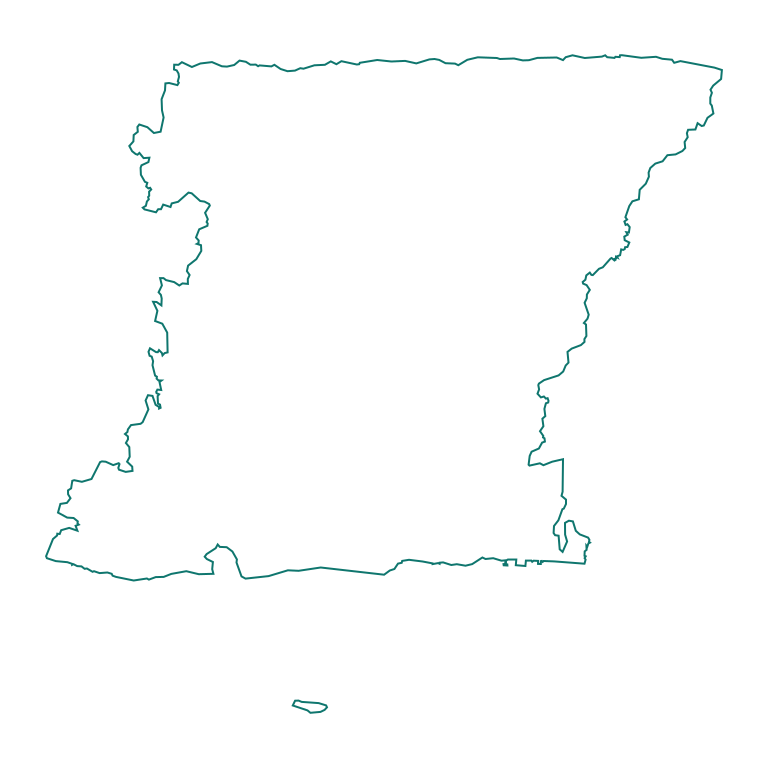 the district of Sampang, Jawa Timur, Indonesia
{"feature_id": "22746128B2542813239591", "entity_name": "Sampang", "entity_type": "district", "adm_level": 2, "iso_a3": "IDN", "parent_name": "Indonesia", "parent_adm1": "Jawa Timur", "projection": "orthographic", "projection_center": [113.241, -7.101], "detail": "fine", "context": "isolated", "style": "outline", "palette": "teal", "viewbox_px": 768, "rotation_deg": 0, "n_neighbors": 0, "source": "geoboundaries", "source_scale": "gbopen_adm2", "svg_char_len": 6004}
<svg xmlns="http://www.w3.org/2000/svg" viewBox="0 0 768 768"><path d="M46.1,556.2L46.9,558.2L55.8,561.1L67.4,562.2L72.3,563.9L72.2,564.8L73.5,564.2L77.2,566.1L81.5,566.4L84.6,568.8L86.9,568.5L92.6,571.8L94.0,571.2L99.6,573.1L107.4,572.5L111.7,573.8L112.6,575.7L116.0,576.9L133.7,580.5L146.9,578.5L148.9,579.6L155.7,577.1L163.7,576.9L171.3,573.9L186.3,571.2L198.8,574.2L213.4,573.8L212.2,569.2L212.9,562.0L206.8,559.0L204.7,556.7L206.6,554.1L215.7,548.2L217.7,544.5L219.8,546.9L226.7,547.2L232.4,551.5L236.9,559.4L236.5,562.5L241.5,576.4L245.5,578.6L268.6,576.1L287.9,570.3L298.6,570.8L320.7,567.5L384.1,574.7L389.8,570.5L394.4,569.0L398.0,563.6L401.7,562.8L402.2,560.9L409.0,559.8L422.6,561.5L432.6,563.4L432.6,564.1L438.1,563.1L439.6,563.8L439.7,562.7L443.1,562.4L451.3,565.0L456.8,564.2L465.5,565.7L472.2,564.1L482.4,557.5L485.5,559.0L493.2,558.2L501.5,560.7L505.6,560.3L505.1,563.9L503.5,564.1L503.7,565.3L507.4,565.5L507.3,564.4L505.9,564.3L506.0,560.7L507.9,559.5L516.3,559.5L515.8,565.2L525.4,566.0L525.9,560.6L531.4,560.6L532.2,561.8L533.6,560.7L538.1,560.9L538.0,563.9L540.8,564.0L540.9,561.1L541.8,560.9L542.7,561.9L543.6,561.0L554.1,561.4L584.5,563.7L585.6,559.6L584.6,558.1L585.7,556.3L584.5,555.8L584.7,551.4L586.6,549.8L586.4,545.6L587.3,546.7L588.4,543.4L590.0,542.6L589.0,541.8L589.4,539.8L588.1,537.6L579.8,534.4L575.8,530.8L572.9,521.4L568.9,520.7L565.0,522.9L565.1,534.6L567.1,541.5L562.6,551.9L559.7,549.3L558.6,535.7L555.1,535.2L553.6,533.0L554.0,526.0L558.4,520.3L562.4,509.2L563.8,508.6L566.0,504.0L566.0,499.6L561.5,495.8L562.6,491.8L563.0,459.2L552.2,461.7L543.4,465.2L539.9,463.3L529.5,465.6L528.6,464.7L529.7,455.9L531.6,451.7L538.9,448.5L542.1,442.6L544.9,441.6L544.5,438.3L543.0,437.4L543.3,435.9L540.0,431.2L543.4,426.2L542.4,418.7L545.3,416.1L544.4,408.9L545.9,403.3L548.2,402.5L548.5,400.8L547.6,398.2L545.9,398.6L543.9,396.5L540.9,397.4L537.5,393.7L539.1,389.4L538.3,385.1L538.9,383.6L544.1,380.1L558.6,375.4L563.2,371.5L565.7,365.5L568.5,362.6L567.5,351.9L571.7,348.6L580.9,345.1L584.5,341.9L584.4,339.1L586.4,336.0L586.0,324.5L583.9,323.0L587.5,318.7L588.7,314.7L584.6,302.8L586.8,298.3L586.9,294.5L589.8,289.9L586.6,285.1L583.1,283.6L582.7,282.0L585.4,279.7L586.3,275.4L589.8,272.6L591.4,274.9L592.8,275.1L599.0,268.8L602.8,267.3L610.5,258.6L611.6,258.0L614.5,260.5L615.2,260.0L613.9,259.1L616.0,258.4L616.0,256.8L617.5,257.6L616.9,256.4L620.1,255.2L621.2,249.4L623.2,249.9L624.7,249.1L625.1,247.2L627.4,247.0L629.3,242.5L624.7,240.2L624.3,236.6L627.7,234.7L626.3,232.2L628.9,232.5L629.7,227.1L627.4,224.2L625.6,224.9L624.4,221.5L627.1,219.5L625.4,217.2L629.3,206.0L632.4,201.3L638.9,199.3L639.7,189.8L645.8,183.7L648.9,176.7L648.6,172.6L650.3,168.0L655.3,163.6L662.6,161.3L667.4,155.2L675.6,154.4L682.4,151.0L685.2,148.0L684.6,142.0L687.7,137.2L686.9,133.2L688.1,129.8L695.4,129.5L697.6,123.2L701.7,126.0L703.8,125.5L707.5,117.8L713.4,113.5L711.8,105.6L710.3,103.6L710.3,97.5L711.9,92.8L710.5,89.7L713.2,85.6L721.1,79.0L721.9,70.0L714.4,67.6L680.4,61.1L674.2,62.8L672.0,59.7L662.3,58.8L656.0,56.8L641.3,57.8L621.9,55.2L620.0,55.3L619.7,57.1L615.4,56.8L614.5,57.9L607.2,57.2L605.2,55.3L601.9,56.6L584.8,58.0L572.5,55.3L565.7,57.2L563.0,60.1L556.7,57.5L537.4,57.9L528.9,60.2L522.8,60.4L514.0,58.5L499.9,59.0L496.9,58.0L477.8,57.3L467.3,59.8L458.3,65.2L455.0,63.6L445.5,63.2L439.2,59.9L434.5,59.0L429.4,59.4L416.3,63.4L405.1,60.9L391.4,61.5L377.2,60.0L359.8,62.8L359.2,64.2L356.8,64.5L341.4,61.2L336.4,64.2L330.8,61.4L324.9,64.8L314.4,65.3L303.5,68.7L300.3,68.2L295.0,70.6L287.5,71.2L280.6,69.0L274.4,64.8L271.4,66.4L259.6,65.4L258.1,66.2L255.8,64.6L250.4,64.7L245.9,61.8L239.5,60.6L234.2,65.0L227.0,66.6L221.9,66.3L212.0,62.1L200.3,63.5L191.9,67.0L181.9,62.2L178.5,64.8L174.2,64.7L174.0,69.5L176.7,70.4L178.5,73.5L179.0,76.9L177.8,81.4L178.8,82.8L177.4,85.1L169.1,83.0L165.4,83.4L165.0,90.4L161.6,99.2L162.0,110.3L163.6,117.5L160.6,131.7L153.9,133.0L147.4,127.2L139.3,124.5L137.4,127.0L137.8,131.8L133.7,135.0L133.4,141.4L129.3,146.0L132.1,151.2L135.6,154.0L137.5,154.7L139.4,152.9L143.6,158.1L149.4,157.7L148.4,162.1L141.5,165.3L140.6,167.8L140.9,174.8L144.9,181.8L147.3,182.8L146.2,186.5L148.4,188.4L150.1,187.8L151.2,189.5L149.1,191.7L149.2,195.7L148.1,197.1L148.8,199.3L146.9,201.5L145.9,205.8L142.8,207.7L144.5,209.4L156.0,212.3L158.2,209.2L161.0,209.2L163.2,204.6L170.5,207.0L171.7,203.4L178.1,201.8L188.5,192.6L191.7,193.3L200.2,201.0L204.5,201.6L209.2,204.1L209.8,205.6L205.1,212.8L207.8,219.2L206.6,222.0L207.7,223.5L207.4,225.8L199.2,229.3L196.0,237.5L198.7,240.5L198.5,243.0L196.9,243.9L201.0,245.2L201.3,250.9L196.3,259.2L188.1,265.6L186.9,271.1L189.6,275.0L187.8,279.0L187.9,283.9L182.5,283.4L179.3,285.5L174.2,282.1L166.0,280.1L163.5,278.1L160.1,278.1L161.9,285.4L158.6,292.3L160.9,294.9L161.7,298.5L161.4,305.4L156.6,302.0L153.1,301.8L157.4,310.8L155.1,321.0L162.3,323.7L167.2,332.6L167.6,352.4L164.6,353.1L162.5,355.4L161.9,353.0L159.0,350.1L157.8,352.2L156.0,352.1L150.0,348.3L148.5,351.8L149.6,355.8L151.7,356.6L153.1,361.2L152.5,365.2L155.1,375.6L156.9,376.7L156.6,378.6L158.4,380.4L161.5,380.5L159.5,382.0L161.2,390.0L157.4,389.6L156.2,391.9L156.6,393.2L159.1,394.3L157.6,396.1L158.0,403.6L160.0,404.6L160.6,407.8L159.1,408.5L159.1,407.0L155.6,404.8L152.5,395.9L148.0,395.2L145.6,400.5L148.4,409.4L142.7,422.1L140.6,423.8L131.0,425.1L127.9,429.4L127.4,432.0L125.0,434.0L127.9,436.4L128.0,439.3L125.9,443.0L129.3,447.1L129.7,456.8L127.1,461.7L132.2,466.6L132.5,470.9L125.7,471.9L119.0,469.7L118.3,467.9L119.5,464.1L118.7,463.2L113.2,465.1L105.7,461.7L101.9,461.4L100.1,462.1L91.5,479.0L81.9,481.8L74.2,480.2L72.3,480.8L71.1,488.4L68.0,490.4L68.1,494.3L70.5,498.2L66.9,502.9L60.4,503.9L58.0,512.6L67.2,517.6L73.6,518.0L77.8,521.4L77.5,523.4L78.8,524.6L75.6,525.8L77.4,530.7L69.2,527.9L61.2,530.2L59.7,534.0L57.3,533.7L57.1,535.5L53.0,539.0L46.1,556.2ZM298.6,700.6L295.1,700.7L292.8,705.5L307.5,710.4L310.4,712.8L320.5,711.9L324.6,709.9L327.0,707.3L326.1,705.4L318.7,703.1L301.7,701.9L298.6,700.6Z" fill="none" stroke="#0f766e" stroke-width="2"/></svg>